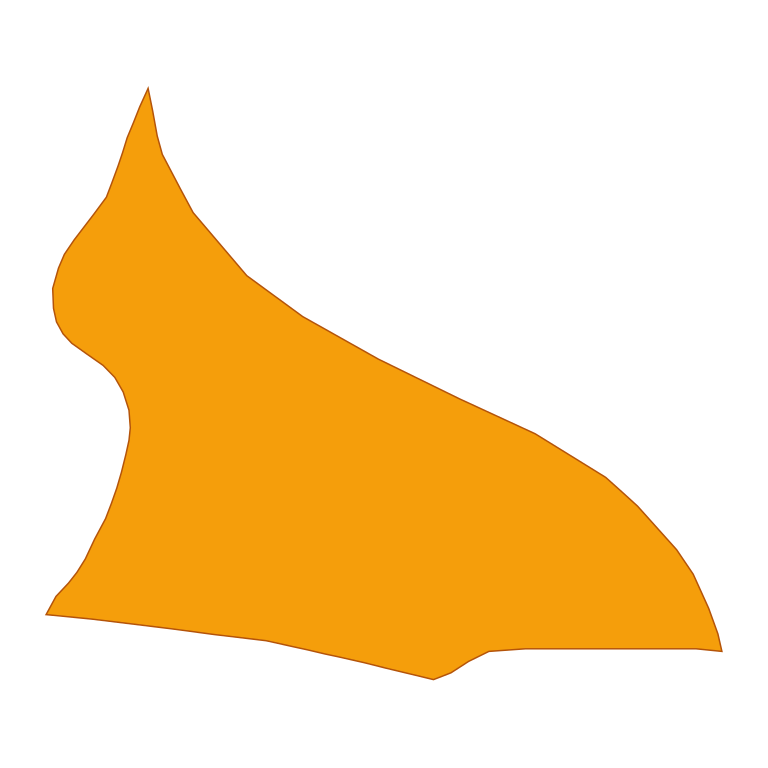 Itaparica, Brazil
{"feature_id": "56859067B29477790056969", "entity_name": "Itaparica", "entity_type": "district", "adm_level": 2, "iso_a3": "BRA", "parent_name": "Brazil", "parent_adm1": "", "projection": "mercator", "projection_center": [-38.672, -12.871], "detail": "fine", "context": "isolated", "style": "filled", "palette": "amber", "viewbox_px": 768, "rotation_deg": 0, "n_neighbors": 0, "source": "geoboundaries", "source_scale": "gbopen_adm2", "svg_char_len": 966}
<svg xmlns="http://www.w3.org/2000/svg" viewBox="0 0 768 768"><path d="M721.9,651.4L717.9,633.9L708.7,608.4L693.2,574.2L676.6,549.7L637.5,506.1L622.0,492.0L605.7,477.4L535.2,433.8L459.4,398.8L378.5,359.2L302.7,316.6L246.8,275.7L193.1,212.6L180.6,189.3L162.3,154.4L157.2,135.9L152.7,111.1L148.1,88.4L139.7,106.9L133.6,122.3L127.2,137.7L122.6,152.6L118.1,165.9L112.0,182.5L106.4,197.2L93.9,214.1L74.3,239.7L64.4,254.3L58.5,268.1L52.7,288.5L53.5,308.3L56.5,321.9L63.1,333.9L71.8,343.3L86.8,354.0L103.1,365.4L114.8,377.4L123.2,392.0L129.0,410.3L130.3,427.8L129.0,440.3L125.9,454.4L121.4,472.4L116.8,488.1L111.5,503.2L105.6,518.6L94.7,539.0L85.3,559.0L76.9,572.4L68.5,583.1L56.0,596.4L46.1,614.6L91.9,619.1L170.7,628.7L214.0,634.5L266.1,640.7L293.1,646.7L307.8,649.9L325.1,654.0L337.8,656.7L364.3,662.7L385.7,668.1L399.9,671.5L433.5,679.6L451.0,672.8L468.6,661.4L488.9,651.4L525.3,648.8L696.2,648.8L721.9,651.4Z" fill="#f59e0b" stroke="#b45309" stroke-width="1.5"/></svg>